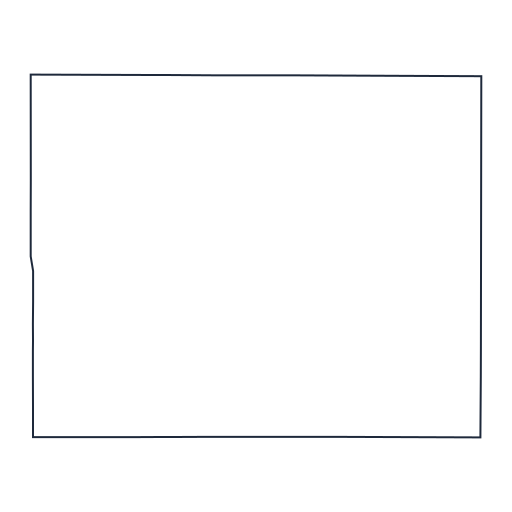 the district of Oklahoma, Oklahoma, United States of America
{"feature_id": "52423323B99277183073993", "entity_name": "Oklahoma", "entity_type": "district", "adm_level": 2, "iso_a3": "USA", "parent_name": "United States of America", "parent_adm1": "Oklahoma", "projection": "mercator", "projection_center": [-97.512, 35.551], "detail": "fine", "context": "isolated", "style": "outline", "palette": "slate", "viewbox_px": 512, "rotation_deg": 0, "n_neighbors": 0, "source": "geoboundaries", "source_scale": "gbopen_adm2", "svg_char_len": 545}
<svg xmlns="http://www.w3.org/2000/svg" viewBox="0 0 512 512"><path d="M30.7,74.6L30.8,180.8L30.7,211.1L30.7,256.4L33.1,271.0L33.1,278.3L33.1,294.1L33.1,301.9L32.9,324.1L33.0,339.3L33.0,341.6L32.9,350.9L32.9,376.6L33.0,406.9L33.0,437.1L114.4,437.1L122.4,437.1L140.3,437.1L159.9,437.0L174.9,437.0L197.3,436.9L212.3,436.9L227.5,436.9L242.5,436.9L331.8,436.9L346.8,436.9L480.4,437.4L480.8,377.2L480.9,347.0L481.3,76.2L391.6,75.8L286.4,75.3L211.2,75.3L166.0,75.0L150.9,75.0L60.8,74.7L30.7,74.6Z" fill="none" stroke="#1e293b" stroke-width="2"/></svg>